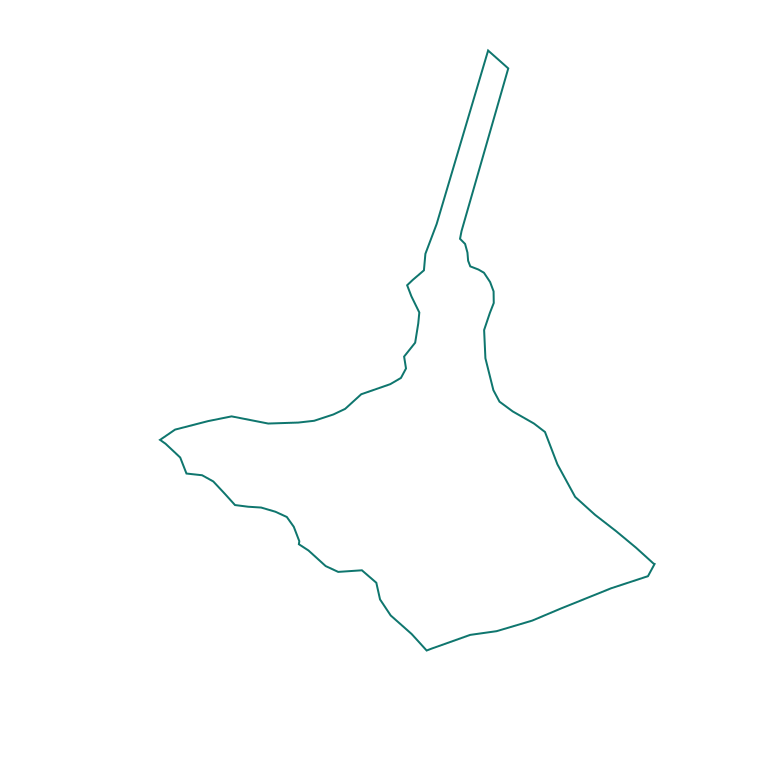 an SVG outline of Debarca, rotated 159°
{"feature_id": "MKD-2899", "entity_name": "Debarca", "entity_type": "Statistical Region", "adm_level": 1, "iso_a3": "MKD", "parent_name": "North Macedonia", "parent_adm1": "", "projection": "robinson", "projection_center": [20.833, 41.244], "detail": "fine", "context": "isolated", "style": "outline", "palette": "teal", "viewbox_px": 768, "rotation_deg": 159, "n_neighbors": 0, "source": "natural_earth", "source_scale": "10m", "svg_char_len": 1174}
<svg xmlns="http://www.w3.org/2000/svg" viewBox="0 0 768 768"><g transform="rotate(159 384 384)"><path d="M167.3,658.0L154.9,634.1L256.8,499.0L261.0,492.3L258.1,485.7L259.0,476.8L261.3,468.9L261.3,462.9L254.8,457.0L250.8,452.0L248.4,441.1L248.5,431.2L252.5,420.3L259.7,412.4L271.2,398.5L280.1,371.7L284.1,339.0L282.5,326.1L273.6,312.2L266.3,303.3L258.2,293.4L250.9,281.5L250.9,266.6L250.9,246.8L246.0,210.1L233.9,186.3L220.1,163.5L207.3,140.7L196.8,119.9L195.9,119.0L206.4,110.0L245.3,111.9L299.6,111.0L330.4,110.0L367.5,112.9L393.5,118.9L434.0,119.9L439.7,119.9L447.8,140.7L460.7,165.5L464.9,184.3L462.4,201.2L471.4,218.0L494.1,225.0L503.7,234.9L514.2,255.7L520.9,264.9L519.4,267.6L519.4,283.0L522.4,294.7L531.2,303.7L543.0,312.7L554.8,318.1L566.5,324.4L571.7,337.9L578.3,354.2L586.5,364.0L600.5,371.2L600.6,388.4L609.3,406.4L613.1,412.1L595.4,416.3L561.5,412.4L537.9,408.4L506.3,388.6L477.8,378.7L462.4,374.7L442.2,373.7L429.2,374.7L408.9,382.6L378.2,381.6L366.0,383.6L357.9,390.6L355.4,402.4L340.1,411.4L330.3,428.3L325.4,438.1L327.0,456.0L327.0,467.9L319.8,470.9L306.0,475.8L298.7,490.7L277.5,514.5L167.3,658.0Z" fill="none" stroke="#0f766e" stroke-width="2"/></g></svg>